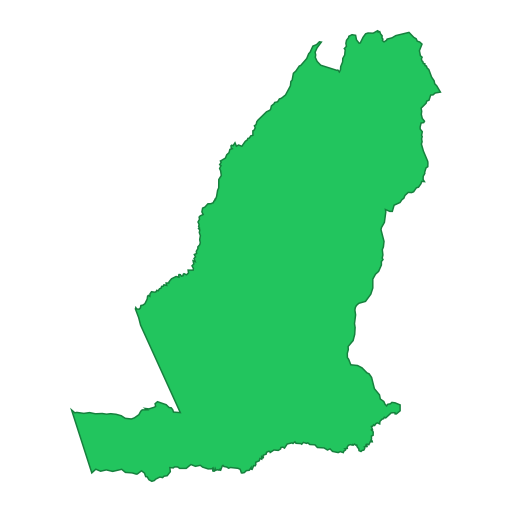 Río De Oro, Cesar, Colombia
{"feature_id": "7082276B35556421377361", "entity_name": "Río De Oro", "entity_type": "district", "adm_level": 2, "iso_a3": "COL", "parent_name": "Colombia", "parent_adm1": "Cesar", "projection": "natural_earth1", "projection_center": [-73.488, 8.215], "detail": "fine", "context": "isolated", "style": "filled", "palette": "green", "viewbox_px": 512, "rotation_deg": 0, "n_neighbors": 0, "source": "geoboundaries", "source_scale": "gbopen_adm2", "svg_char_len": 6024}
<svg xmlns="http://www.w3.org/2000/svg" viewBox="0 0 512 512"><path d="M91.8,472.9L95.8,469.2L100.6,471.2L106.3,469.9L112.7,471.4L121.7,469.3L125.4,472.4L132.2,472.9L136.2,474.1L137.3,474.0L141.5,470.8L144.5,473.1L145.7,476.6L147.2,476.8L148.9,479.7L151.8,481.3L154.4,480.5L155.6,479.2L159.9,477.0L162.6,477.6L164.0,476.2L167.2,475.7L170.3,471.7L169.8,467.6L173.3,467.9L174.5,466.9L177.6,466.9L179.7,468.4L186.2,468.4L190.9,464.5L195.4,466.3L200.3,465.3L202.6,467.1L208.1,468.9L212.1,468.8L213.0,467.9L213.4,469.2L212.8,469.6L212.8,470.9L213.9,471.2L214.6,471.0L215.2,468.6L215.9,470.2L217.4,469.7L218.3,470.1L219.7,469.3L219.7,470.1L220.6,470.3L222.3,465.9L223.0,465.4L223.9,466.5L226.7,467.0L228.6,468.2L230.5,467.5L237.9,468.3L240.2,469.3L241.4,472.9L242.3,473.0L244.3,472.6L246.4,470.6L249.2,470.3L251.0,467.7L251.0,469.1L252.1,469.4L253.7,465.6L255.2,465.8L255.8,464.6L255.7,462.3L259.2,460.8L259.9,458.5L261.7,459.2L261.7,456.9L262.7,458.0L263.3,457.7L263.4,457.0L262.8,456.8L263.3,455.2L266.2,454.1L266.5,452.3L268.8,451.3L269.7,451.4L270.2,452.5L273.9,450.0L278.3,450.4L280.6,448.9L280.9,447.5L282.8,447.1L284.5,448.1L287.2,444.0L292.0,442.9L293.0,443.5L294.9,441.8L296.0,443.3L300.9,443.6L301.7,444.2L303.4,442.4L306.6,443.4L307.7,442.8L309.8,444.5L314.9,444.8L317.4,447.5L324.0,447.9L327.5,450.0L330.0,448.8L332.5,451.4L338.2,452.6L340.2,451.6L343.3,452.6L343.7,451.3L345.5,450.0L345.7,449.3L345.0,448.7L347.3,448.4L347.1,447.3L348.3,445.3L350.3,444.6L352.2,445.1L352.7,444.5L353.3,445.1L354.6,444.1L355.7,445.1L356.8,445.1L357.0,446.5L358.8,448.9L359.0,450.6L361.0,451.5L362.2,450.4L363.8,450.1L364.7,448.5L364.4,446.8L367.0,446.6L367.2,446.0L365.9,445.3L366.2,444.4L367.4,444.1L368.8,444.7L370.3,441.7L372.3,441.8L372.1,440.9L370.9,440.2L371.5,439.2L371.4,436.1L373.1,435.3L373.2,432.1L372.6,430.8L371.5,430.3L371.4,429.7L372.4,429.4L371.4,426.4L372.7,426.2L373.5,424.8L374.6,425.5L376.1,423.4L377.5,422.9L379.7,423.9L379.9,421.4L382.0,419.2L383.6,418.7L384.3,417.3L385.7,417.9L391.3,412.8L394.9,412.7L395.1,413.9L396.4,413.9L400.1,410.8L400.1,404.9L395.0,402.8L391.9,402.4L390.4,403.8L387.7,404.3L386.6,405.9L385.0,404.2L383.8,401.5L380.3,399.0L379.5,394.9L374.4,388.7L371.6,377.5L369.1,373.8L367.0,372.9L362.0,367.8L357.5,365.5L350.8,364.8L348.7,359.4L347.4,357.6L347.3,353.3L348.3,349.6L348.1,346.5L353.1,340.6L354.7,334.4L355.1,327.6L354.5,323.6L355.6,314.9L354.9,310.1L355.3,307.6L356.4,305.5L358.8,303.3L365.5,301.4L370.8,294.2L372.8,288.0L372.8,279.1L375.5,274.2L378.6,271.4L381.4,265.0L381.4,261.5L383.0,259.6L382.2,258.1L382.9,255.0L382.3,249.7L383.4,246.9L384.0,241.4L381.0,229.7L381.5,227.5L384.4,222.4L385.8,211.9L385.4,209.5L389.8,211.4L392.3,211.4L394.1,205.2L400.0,202.5L402.0,199.6L403.8,198.3L404.9,195.5L408.2,192.4L411.6,192.6L413.6,191.8L416.4,187.8L418.5,187.2L420.9,183.8L421.8,181.4L424.4,181.6L423.1,179.5L423.2,176.3L424.8,173.5L424.7,172.2L426.0,167.9L427.8,166.7L427.9,163.0L427.7,161.3L423.4,151.1L421.4,144.0L422.1,141.8L421.6,138.8L422.2,136.6L421.6,135.3L422.3,131.7L420.2,129.1L420.1,127.1L421.1,123.0L423.7,122.6L424.5,121.2L422.3,118.5L421.3,114.4L421.7,111.3L421.1,108.2L426.1,103.2L426.7,101.1L429.0,100.2L430.7,95.0L433.0,94.9L435.2,93.0L440.4,92.1L436.7,85.8L434.7,83.7L434.1,80.8L431.6,77.1L428.8,69.5L427.1,68.0L426.4,66.0L425.0,65.6L424.8,63.7L423.3,63.5L422.8,61.5L421.9,60.9L421.4,58.9L422.1,57.2L420.4,55.7L419.4,50.7L422.0,44.1L419.7,42.0L417.3,41.2L416.1,38.7L413.8,37.4L409.0,32.4L395.8,35.6L392.1,37.8L387.1,39.1L386.5,40.3L384.0,41.9L382.4,40.6L382.9,39.1L382.0,37.9L382.1,35.7L380.6,34.0L379.7,31.6L378.2,32.1L378.2,31.1L377.6,30.7L373.2,33.2L368.0,33.0L365.6,33.8L363.1,37.2L360.3,42.9L359.2,43.3L356.5,39.9L355.6,35.3L352.0,34.7L348.8,36.3L348.6,37.6L346.5,40.3L345.9,43.3L346.4,46.4L344.3,48.6L345.2,49.7L344.7,55.0L342.8,58.4L342.6,62.0L340.7,66.6L340.5,69.8L339.3,72.0L337.9,70.1L336.7,70.3L320.7,65.2L317.1,61.4L315.3,57.4L315.7,54.9L315.1,52.2L317.1,47.8L321.3,42.1L319.4,41.8L316.6,44.6L312.9,46.1L310.1,52.2L308.7,53.7L306.7,58.6L300.7,65.5L299.3,66.0L295.9,71.0L293.4,73.3L292.1,80.3L290.9,81.4L290.4,85.9L285.5,95.0L281.3,98.3L279.4,98.9L277.6,101.8L274.6,102.5L274.2,103.6L271.4,105.9L270.7,109.1L269.9,110.2L266.5,111.8L257.9,120.2L256.8,121.7L256.1,124.6L254.4,125.8L255.3,127.9L253.8,130.5L252.9,130.8L252.9,135.3L250.7,135.9L249.4,138.1L247.9,138.4L247.3,139.9L245.3,141.3L241.8,146.3L238.6,145.0L236.4,146.2L235.0,142.8L233.1,145.7L231.7,145.2L231.0,145.8L231.2,147.8L232.2,148.7L229.9,149.4L229.0,152.7L226.7,154.8L225.4,158.1L220.4,161.0L221.2,162.2L219.7,164.7L221.0,165.6L219.6,168.5L220.6,170.7L221.3,175.5L218.8,179.5L218.7,187.9L217.6,190.3L216.6,196.4L215.6,199.0L214.9,199.2L214.9,200.4L213.9,201.1L213.3,202.7L210.9,203.7L207.9,203.8L204.9,207.1L202.6,208.1L201.9,211.9L203.2,214.5L200.3,215.8L199.1,217.1L199.5,219.3L198.0,222.0L199.1,224.5L198.6,226.6L199.5,228.0L198.6,228.6L199.8,229.9L199.3,232.6L200.4,235.6L199.7,239.6L200.3,242.8L199.7,244.8L197.8,247.0L198.0,248.4L196.3,251.3L196.6,253.5L194.3,254.5L195.5,256.9L194.0,258.5L195.2,261.6L193.1,260.8L193.8,264.0L192.0,265.8L193.4,268.4L193.1,270.2L188.1,270.1L188.5,273.0L186.5,274.8L184.0,273.7L183.2,274.3L183.1,275.7L181.4,276.2L180.4,274.7L179.1,274.5L178.7,275.0L178.9,277.2L176.1,276.5L171.5,278.8L169.0,281.8L168.8,283.0L166.1,283.0L166.7,285.4L163.9,284.8L163.1,286.3L161.6,286.4L161.1,288.1L159.5,288.8L158.2,290.8L156.8,290.3L156.0,291.8L154.5,292.2L151.5,291.7L150.0,293.9L149.8,296.3L148.4,295.4L147.6,296.2L147.2,299.1L144.9,303.7L142.9,305.1L140.9,305.5L140.4,307.9L139.2,309.2L136.7,309.0L135.8,307.6L135.4,308.9L138.7,317.7L140.6,325.2L180.3,412.6L173.5,412.1L172.7,409.7L171.2,407.8L169.0,407.5L166.2,404.7L157.5,401.7L155.1,403.7L155.6,406.4L154.4,407.2L148.9,408.9L145.4,408.5L147.2,409.8L142.2,409.9L140.8,411.2L138.9,414.7L134.5,417.8L131.4,419.0L125.2,418.3L121.2,415.7L116.1,414.3L110.6,413.7L106.5,414.2L102.2,413.5L95.4,413.8L89.6,412.6L83.8,413.4L76.8,412.4L74.8,412.8L71.6,410.0L91.8,472.9Z" fill="#22c55e" stroke="#15803d" stroke-width="1.5"/></svg>